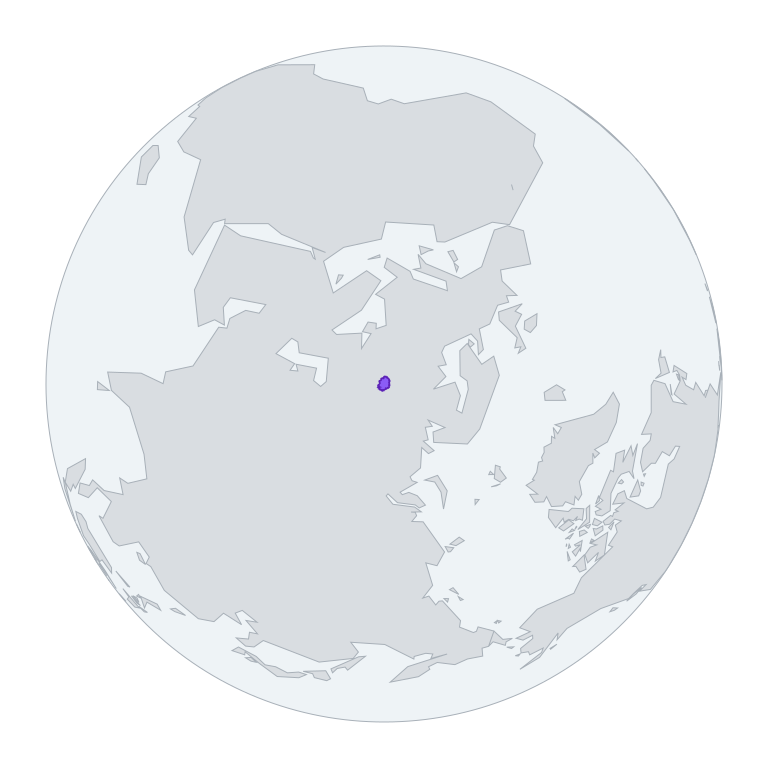 Ryazan' on an orthographic globe, rotated 139°
{"feature_id": "RUS-2374", "entity_name": "Ryazan'", "entity_type": "Region", "adm_level": 1, "iso_a3": "RUS", "parent_name": "Russia", "parent_adm1": "", "projection": "orthographic", "projection_center": [40.693, 54.337], "detail": "fine", "context": "on_globe", "style": "filled", "palette": "violet", "viewbox_px": 768, "rotation_deg": 139, "n_neighbors": 0, "source": "natural_earth", "source_scale": "10m", "svg_char_len": 14237}
<svg xmlns="http://www.w3.org/2000/svg" viewBox="0 0 768 768"><g transform="rotate(139 384 384)"><circle cx="384" cy="384" r="338" fill="#eef3f6" stroke="#a8b0b8"/><path d="M287.9,60.0L294.9,58.0L317.7,54.2L327.1,60.0L317.8,60.7L321.2,62.6L333.1,62.2L340.1,61.6L367.7,72.3L406.3,79.5L421.2,77.4L415.9,81.9L445.9,75.6L468.6,79.5L441.2,78.0L437.1,80.3L451.7,84.0L450.6,87.2L457.0,91.1L454.4,94.8L438.7,94.3L436.7,96.9L447.1,99.5L451.1,105.4L436.1,101.1L441.5,111.0L416.1,113.5L378.0,101.5L362.1,108.3L318.2,111.1L320.4,115.0L305.1,119.3L302.0,125.7L294.7,125.0L298.5,130.7L305.8,130.2L309.8,132.7L308.7,136.6L299.2,136.1L298.4,134.1L295.0,136.1L290.8,134.3L292.2,137.4L280.9,136.8L290.2,143.2L279.6,147.7L272.6,145.8L275.9,138.3L267.7,117.5L261.6,114.4L249.7,116.9L222.0,137.0L214.2,137.1L201.8,142.9L204.8,145.9L215.7,142.6L218.3,150.4L231.2,146.1L234.2,148.8L246.4,148.1L241.8,156.6L230.6,165.5L220.2,166.8L215.0,171.0L222.7,177.0L201.1,187.1L183.2,207.7L177.9,209.7L171.7,199.9L177.4,181.0L169.3,170.6L171.6,186.1L158.4,192.0L155.0,197.0L154.1,202.1L158.0,203.5L152.9,207.7L148.6,193.2L153.2,189.2L154.5,193.6L157.1,185.1L154.1,176.5L147.7,180.7L150.1,165.1L145.5,168.1L143.5,166.8L150.6,162.8L137.8,170.1L139.6,157.0L122.1,171.9L142.4,151.3L151.5,141.5L161.1,131.5L158.3,133.6L174.8,119.1L181.7,113.3L201.3,99.7L221.9,87.5L243.2,76.8L265.3,67.6L287.9,60.0ZM63.6,276.7L59.9,288.6L59.8,288.8L51.1,326.2L47.2,360.0L46.3,374.8L46.2,375.9L47.7,350.7L51.2,325.7L56.4,301.0L63.6,276.7ZM46.1,385.2L46.1,388.1L46.1,389.1L46.1,385.2ZM46.4,399.2L51.0,438.3L57.7,469.2L60.4,481.2L60.2,480.8L53.4,454.0L48.8,426.7L46.4,399.2ZM126.6,165.1L118.5,175.5L96.4,207.4L104.5,194.1L103.8,195.4L110.3,186.1L120.9,172.1L126.3,165.4L126.6,165.1ZM118.4,178.6L121.9,173.9L119.1,178.0L118.4,178.6ZM343.4,60.9L333.4,61.9L323.1,61.4L331.5,60.1L343.4,60.9ZM362.9,63.9L358.0,64.9L354.7,61.7L358.6,62.1L362.9,63.9ZM432.2,75.5L424.2,74.2L432.3,74.5L432.2,75.5ZM458.4,91.0L461.0,90.5L463.2,92.8L458.4,91.0ZM248.2,143.6L247.3,145.8L245.5,144.7L248.2,143.6ZM254.3,141.3L252.8,138.5L255.5,137.1L256.4,138.8L254.3,141.3ZM461.3,100.7L464.0,104.9L458.5,100.5L461.3,100.7ZM255.5,145.1L260.5,134.9L265.2,132.5L272.5,137.2L255.5,145.1ZM463.9,107.2L470.8,117.9L477.2,117.4L463.1,125.4L461.9,113.3L454.0,107.8L461.0,109.3L463.9,107.2ZM308.6,128.4L300.8,129.1L308.4,125.1L308.6,128.4ZM312.4,125.3L329.8,110.4L340.7,111.7L332.6,116.2L347.6,115.4L344.4,123.3L335.4,125.5L329.0,123.0L332.7,128.1L312.4,125.3ZM454.2,128.4L453.5,131.1L451.2,128.2L454.2,128.4ZM312.0,133.4L314.6,130.1L324.2,130.9L320.9,137.7L318.8,135.2L312.0,133.4ZM353.1,111.6L359.7,113.7L358.8,120.5L361.3,122.4L345.2,123.7L353.1,111.6ZM316.0,137.0L318.9,141.2L313.3,144.5L310.2,136.7L316.0,137.0ZM328.1,128.3L332.5,129.1L329.0,130.9L328.1,128.3ZM295.1,159.0L297.9,154.6L303.1,154.6L295.1,159.0ZM320.3,142.6L322.3,141.5L324.6,141.1L325.3,144.6L320.3,142.6ZM345.8,128.6L344.0,131.2L352.3,128.4L352.0,133.8L341.3,133.8L345.8,136.0L345.7,137.7L337.1,135.9L345.8,128.6ZM333.2,147.0L319.6,149.4L313.1,157.4L308.3,157.5L319.5,144.8L333.2,147.0ZM336.2,140.6L333.3,144.5L328.7,142.5L328.0,138.6L336.2,140.6ZM355.6,137.5L358.8,129.2L361.0,129.6L355.6,137.5ZM332.2,149.6L335.6,149.0L332.3,150.4L332.2,149.6ZM349.4,141.6L350.3,138.5L352.8,139.0L349.4,141.6ZM341.5,150.5L337.1,151.2L336.4,148.5L341.5,150.5ZM345.9,146.7L349.1,148.1L338.8,147.1L345.8,145.3L345.9,146.7ZM351.7,142.5L353.4,141.7L351.0,143.7L351.7,142.5ZM346.5,160.8L333.7,160.2L332.3,154.0L344.9,155.3L346.5,160.8ZM276.9,704.5L274.1,703.4L254.6,694.4L226.8,670.4L233.7,664.2L229.9,654.2L205.5,620.9L210.7,608.7L204.6,599.1L191.7,594.2L184.8,582.2L177.2,577.6L131.0,549.8L118.2,526.8L105.9,473.4L115.1,465.5L119.1,446.8L184.7,421.9L196.1,435.0L244.9,451.2L250.6,456.6L242.1,471.3L276.5,505.2L290.9,495.1L324.8,513.6L349.1,516.3L362.6,486.0L322.8,480.9L318.6,464.0L352.6,454.5L387.8,458.9L387.3,452.5L367.3,436.9L377.7,425.5L360.7,430.5L365.9,437.6L355.4,441.2L350.0,434.9L353.8,430.9L343.9,426.8L327.9,447.7L331.5,457.2L304.0,455.9L307.3,471.9L299.0,477.0L290.4,451.9L293.0,444.0L274.9,412.8L269.7,420.9L286.4,451.1L280.1,447.3L273.2,459.5L273.5,447.3L256.7,413.0L233.4,408.4L199.7,427.8L187.0,422.5L178.2,408.2L194.5,378.4L221.2,393.6L227.3,384.2L225.5,363.6L233.7,370.3L236.2,364.0L246.6,368.9L264.8,359.9L275.9,363.1L286.4,344.8L293.5,344.2L285.2,355.0L285.4,364.7L313.4,372.8L319.8,370.0L324.4,357.7L331.5,361.9L332.4,349.0L350.1,347.7L329.2,338.8L334.0,325.1L346.5,316.7L344.3,310.9L323.9,324.7L319.2,331.8L321.1,340.3L304.9,359.4L294.6,360.0L297.3,334.7L282.9,333.0L291.3,314.9L341.3,287.2L360.4,284.0L384.8,307.3L378.5,315.6L366.5,311.1L374.4,327.9L375.3,320.4L381.2,324.2L387.3,312.9L391.8,315.1L389.9,300.8L396.1,302.3L397.2,311.3L411.5,296.7L425.2,296.9L426.3,292.6L423.5,288.0L442.8,291.8L442.8,288.5L436.4,285.9L432.2,277.9L432.2,265.4L438.8,267.4L439.7,272.2L451.7,285.6L453.1,298.5L455.8,298.1L456.2,287.4L441.6,271.0L439.7,263.0L447.6,269.6L444.6,266.6L445.8,263.2L453.2,262.0L444.9,254.3L448.5,217.5L463.2,212.1L469.8,221.6L479.4,200.1L495.2,197.0L489.3,194.5L489.9,183.3L485.0,184.0L482.2,182.0L481.5,155.2L486.5,151.0L479.6,137.8L476.5,136.7L472.4,139.0L463.1,125.4L477.2,117.4L483.3,120.3L488.0,113.9L501.4,121.7L514.6,125.7L526.5,138.9L535.9,141.4L536.6,138.6L550.0,140.5L574.9,154.9L551.5,155.1L513.5,138.8L528.7,146.1L524.3,148.2L529.2,153.4L540.0,158.6L541.9,156.8L554.3,186.9L578.5,210.9L579.2,198.5L587.3,197.1L615.4,216.7L643.4,269.6L654.6,270.8L660.4,277.0L662.1,289.3L653.6,280.4L648.4,284.9L643.4,278.4L643.3,296.1L636.1,287.5L639.5,306.1L646.6,308.7L649.4,295.8L655.5,316.3L668.2,316.2L678.1,328.7L685.2,372.4L679.8,399.2L681.3,404.6L674.7,407.4L672.7,425.8L690.1,435.5L691.9,442.7L685.5,471.6L684.2,467.0L666.9,474.2L668.5,493.8L681.7,492.2L686.4,501.9L678.3,508.7L673.0,500.7L666.8,502.8L665.1,487.2L653.5,471.7L645.1,486.5L642.5,477.1L625.2,468.0L611.2,488.4L591.3,533.4L593.9,558.0L584.7,574.3L560.2,551.5L550.5,529.2L540.8,536.4L516.3,522.9L471.5,535.3L465.9,529.2L457.3,534.6L440.1,530.3L431.8,519.3L421.1,521.5L443.4,549.9L455.0,547.3L465.8,533.2L469.7,543.6L486.4,549.2L465.3,579.4L400.1,608.5L395.0,589.9L352.5,532.3L354.6,525.5L354.4,524.7L354.0,523.3L348.7,534.1L341.8,521.6L363.1,564.2L366.1,580.9L399.1,609.6L395.7,612.6L406.7,617.7L443.8,607.1L443.7,613.1L425.3,641.2L375.2,673.6L382.8,690.5L380.6,702.4L351.3,707.7L355.9,714.0L341.0,714.4L341.4,716.6L330.6,716.8L311.9,714.1L291.6,709.0L276.9,704.5ZM159.4,445.6L156.9,450.9L159.4,445.6ZM423.6,479.0L445.6,477.8L438.1,458.0L445.9,456.0L440.5,450.3L437.4,456.6L424.5,440.2L434.9,432.8L433.4,423.7L426.0,423.7L409.1,440.0L427.5,463.2L421.4,472.3L423.6,479.0ZM59.7,289.4L58.2,294.9L59.4,290.3L59.7,289.4ZM99.9,201.0L99.4,201.8L99.9,201.0ZM78.9,241.9L75.9,249.3L78.0,243.1L78.9,241.9ZM93.5,212.4L81.2,236.4L85.5,226.0L93.7,211.2L89.4,219.2L93.5,212.4ZM115.5,180.6L112.7,184.5L112.0,184.9L115.5,180.6ZM116.4,181.7L117.1,180.6L119.4,177.8L116.4,181.7ZM158.7,192.9L158.9,194.2L156.8,199.6L155.7,197.6L158.7,192.9ZM160.8,222.2L152.6,228.4L157.6,222.3L154.3,220.3L161.0,205.5L175.6,210.1L167.8,210.4L160.8,222.2ZM173.9,187.9L168.0,196.2L173.8,186.9L173.9,187.9ZM239.8,326.8L242.2,333.4L236.5,339.2L222.4,336.7L230.6,328.1L239.8,326.8ZM246.9,341.5L253.5,317.9L262.5,319.1L256.3,322.3L261.6,325.4L253.1,331.6L255.2,356.4L250.3,363.2L227.0,353.9L237.3,352.9L234.4,346.3L246.9,341.5ZM254.5,261.2L257.5,252.4L273.2,266.0L268.6,272.6L254.3,270.2L251.3,260.8L254.5,261.2ZM267.4,156.0L267.5,152.9L270.2,152.8L272.2,155.5L267.4,156.0ZM295.9,157.0L269.6,170.2L268.4,167.2L254.4,179.4L245.8,176.2L255.2,168.2L238.1,175.3L243.1,166.8L231.8,172.7L253.6,155.3L257.4,148.5L256.4,157.2L264.2,160.3L268.7,159.5L284.4,152.6L296.4,140.0L306.1,141.5L309.7,146.0L308.3,149.2L302.4,147.1L304.7,153.0L295.2,152.5L295.9,157.0ZM346.4,205.1L340.2,200.0L343.2,214.3L333.7,212.8L334.6,214.6L326.7,217.2L318.7,223.7L314.8,221.8L313.3,225.2L308.0,227.3L304.7,231.4L296.6,229.5L291.9,234.6L290.7,230.9L284.8,240.2L285.5,232.5L278.7,234.8L281.6,241.0L245.6,223.6L229.9,223.2L216.4,227.4L219.5,214.4L234.0,202.5L253.4,193.7L268.1,196.4L266.8,190.4L273.4,190.0L271.7,194.9L278.3,187.2L283.3,188.3L300.6,182.2L307.1,171.0L313.6,168.8L313.5,173.8L320.0,168.1L324.3,176.1L329.1,174.8L338.0,181.6L335.2,192.4L340.7,190.2L347.7,195.7L346.4,205.1ZM348.7,162.9L347.5,175.4L341.7,181.0L328.5,166.8L323.6,166.9L315.0,158.7L323.6,151.0L325.3,154.0L328.9,155.2L324.8,157.1L330.8,156.5L333.3,160.7L338.7,161.5L336.8,165.2L348.7,162.9ZM258.7,452.8L263.4,455.4L271.1,457.3L266.8,465.2L258.7,452.8ZM246.7,429.7L251.2,430.3L249.0,441.9L244.2,439.5L246.7,429.7ZM255.6,421.1L251.7,429.5L250.9,423.6L255.6,421.1ZM289.6,355.1L294.6,355.2L294.4,358.3L290.7,362.0L289.6,355.1ZM353.2,249.6L350.6,245.2L352.5,243.9L353.4,232.8L360.5,233.4L362.8,240.3L353.2,249.6ZM354.8,490.9L346.7,496.2L343.4,492.9L346.9,491.7L354.8,490.9ZM303.8,482.2L314.6,488.7L302.5,484.3L303.8,482.2ZM361.1,248.4L360.6,243.7L364.4,246.9L361.1,248.4ZM365.8,233.3L370.6,236.1L361.5,232.2L365.8,233.3ZM439.4,696.8L418.2,714.5L401.9,715.6L398.0,712.2L405.2,702.1L423.9,697.3L432.9,690.7L439.4,696.8ZM710.0,473.0L707.9,480.3L708.9,476.9L710.5,471.0L710.0,473.0ZM706.9,482.9L693.5,514.4L687.3,524.1L689.5,518.1L699.7,499.2L706.9,482.9ZM689.0,519.0L678.4,527.8L658.2,523.5L665.5,515.7L685.5,507.7L684.4,512.2L690.8,508.6L689.0,519.0ZM711.6,456.1L710.3,466.6L703.6,483.5L700.2,490.0L697.9,484.3L699.2,475.6L702.3,469.3L710.1,424.2L713.6,420.0L712.2,436.3L714.9,436.5L711.6,456.1ZM595.6,559.3L604.0,567.8L598.5,573.7L595.6,559.3ZM710.1,399.4L709.1,418.8L709.0,397.4L710.1,399.4ZM708.2,382.4L709.8,386.3L707.3,386.2L708.2,382.4ZM684.1,411.4L681.0,419.1L679.4,416.0L682.4,404.2L684.1,411.4ZM685.6,339.5L691.2,349.5L692.7,354.3L688.5,351.5L685.6,339.5ZM421.1,250.6L411.9,265.0L410.0,276.7L416.3,284.8L403.5,279.9L406.4,261.9L421.1,250.6ZM444.5,221.2L438.8,214.7L443.8,213.8L445.8,215.1L444.5,221.2ZM439.3,219.9L427.7,219.1L426.2,213.1L435.7,214.8L439.3,219.9ZM394.3,233.2L391.0,237.3L388.0,234.4L394.3,233.2ZM720.3,417.1L720.3,417.4L720.4,416.0L720.3,417.1ZM716.2,433.3L716.9,435.4L719.1,421.2L717.4,434.3L717.9,435.9L717.0,441.7L716.7,439.3L715.0,451.7L713.9,456.2L714.2,450.3L715.9,435.2L716.9,426.3L720.3,405.2L716.2,433.3ZM721.5,399.5L721.3,396.3L721.3,389.7L721.6,389.7L721.5,399.5ZM718.9,390.1L716.2,390.7L715.3,400.9L715.6,375.5L718.4,379.1L718.9,390.1ZM714.2,380.4L713.6,389.9L713.2,376.6L714.2,380.4ZM712.5,389.1L710.8,384.5L712.2,379.9L712.5,389.1ZM714.9,377.1L712.4,366.8L714.4,369.3L714.9,377.1ZM706.0,374.9L711.7,372.1L707.0,383.4L699.6,366.6L701.0,359.8L706.0,374.9ZM668.1,268.2L663.7,264.8L663.0,257.8L666.2,262.1L668.1,268.2ZM656.5,233.3L661.4,254.9L664.5,273.0L666.8,271.0L673.6,282.5L666.4,281.0L659.2,262.3L658.0,250.1L651.3,241.7L646.4,229.4L637.4,222.6L633.2,215.6L641.0,218.2L656.5,233.3ZM633.5,220.2L616.1,205.8L617.7,196.6L621.9,197.7L629.2,208.1L627.9,212.2L633.5,220.2ZM612.3,199.8L610.9,203.8L582.2,194.8L576.6,190.7L599.2,191.9L599.1,195.9L605.9,200.0L612.3,199.8ZM457.2,131.5L453.9,131.2L456.3,129.6L457.2,131.5ZM479.5,182.7L476.1,179.7L479.1,177.7L479.5,182.7ZM468.4,170.5L467.4,174.9L465.7,169.4L468.4,170.5ZM465.5,185.0L465.6,176.2L469.5,185.8L465.5,185.0Z" fill="#d9dde1" stroke="#a8b0b8" stroke-width="1"/><path d="M381.7,389.6L381.3,389.4L381.2,389.4L381.2,389.1L381.3,389.0L381.2,388.9L381.0,388.6L380.8,388.5L380.7,388.4L380.4,388.5L380.0,388.7L379.9,388.8L379.9,389.1L379.8,389.3L379.5,389.4L379.3,389.5L379.1,389.5L378.8,389.5L378.7,389.5L378.4,389.1L378.3,388.7L378.2,388.6L377.7,388.5L377.7,388.4L377.8,388.2L377.6,388.1L377.7,387.9L377.8,387.8L377.8,387.6L377.8,387.4L377.7,387.3L377.4,387.2L377.5,387.1L377.4,386.9L377.5,386.9L377.5,386.7L377.4,386.7L377.6,386.4L377.4,386.2L377.3,385.9L377.2,385.8L377.1,385.7L377.1,385.4L377.2,385.2L377.3,385.2L377.3,384.9L377.2,384.8L377.0,384.7L377.0,384.4L377.2,384.1L377.2,383.9L377.3,383.9L377.4,383.7L377.5,383.7L377.8,383.6L377.8,383.4L377.6,383.3L377.5,383.2L377.5,382.9L377.5,382.7L377.6,382.4L377.9,382.3L378.0,382.3L378.4,382.2L378.7,382.2L378.8,382.2L379.0,382.2L379.0,381.8L379.0,381.7L379.4,381.7L379.5,381.6L379.4,381.5L379.5,381.2L379.5,380.9L379.8,380.6L379.9,380.4L380.1,380.2L380.3,380.2L380.6,379.9L380.8,380.0L381.0,380.1L381.3,379.6L381.2,379.4L380.9,379.5L380.8,379.4L380.7,379.3L380.9,379.2L381.0,379.0L381.4,379.0L381.7,378.9L382.1,378.6L382.4,378.3L382.4,378.1L382.5,378.1L382.8,378.1L382.8,378.3L383.0,378.4L383.4,378.2L383.5,378.2L383.5,378.3L383.6,378.5L383.7,378.9L383.8,378.9L384.0,378.8L384.3,378.8L384.5,378.8L384.6,378.7L384.9,378.6L385.0,378.6L385.2,378.8L385.2,379.0L385.3,379.2L385.4,378.9L385.5,378.9L385.9,378.8L386.1,378.9L386.1,379.0L386.3,379.1L386.4,379.3L386.5,379.3L386.6,379.2L387.0,379.2L387.1,379.3L387.3,379.4L387.5,379.3L387.7,379.6L387.9,379.7L388.0,379.7L388.3,379.5L388.3,379.8L388.3,380.0L388.6,380.1L388.8,380.3L389.0,380.3L389.3,380.1L389.6,380.0L389.8,380.0L389.9,379.9L390.0,380.0L389.9,380.2L389.9,380.3L390.0,380.4L390.0,380.5L390.0,380.8L389.8,381.2L389.7,381.2L389.8,381.3L389.9,381.6L390.0,381.6L390.3,381.8L390.5,381.7L390.6,381.8L390.5,382.0L390.7,382.3L390.8,382.3L390.9,382.5L390.7,382.6L390.6,382.8L390.7,383.0L390.5,382.9L390.4,382.9L390.4,383.0L390.3,383.3L390.5,383.3L390.7,383.6L390.3,383.7L390.2,383.8L390.1,384.1L389.8,384.4L389.5,384.5L389.3,384.5L389.1,384.4L389.2,384.6L389.3,384.8L389.5,384.9L389.8,384.7L389.9,384.4L390.0,384.4L390.3,384.6L390.5,384.7L390.6,384.8L390.3,385.1L390.5,385.3L390.4,385.3L390.2,385.4L389.8,385.4L389.7,385.4L389.6,385.2L389.4,385.4L389.5,385.4L389.5,385.5L389.9,385.8L390.0,385.8L390.1,386.1L389.9,386.3L389.7,386.7L389.6,386.8L389.3,387.0L389.0,387.0L388.8,387.1L388.6,387.0L387.7,387.0L387.4,387.1L387.1,387.1L386.9,387.2L386.8,387.3L386.5,387.3L386.4,387.3L386.3,387.5L386.3,388.1L386.3,388.4L386.3,388.5L386.2,388.7L386.0,388.8L386.0,389.0L385.8,389.1L385.7,389.3L385.3,389.3L385.3,389.2L385.2,389.1L384.8,388.9L384.7,388.9L384.7,389.0L384.4,388.8L384.2,388.7L383.9,388.7L383.8,388.9L383.6,388.9L383.3,389.2L383.2,389.2L383.0,389.3L383.0,389.6L382.9,389.7L382.9,389.8L382.7,389.8L382.7,389.7L382.5,389.8L382.4,389.8L382.2,389.9L382.0,389.7L381.7,389.6ZM390.0,381.1L390.2,381.4L390.1,381.5L390.0,381.4L390.0,381.2L390.0,381.1Z" fill="#8b5cf6" stroke="#5b21b6" stroke-width="1.5"/></g></svg>